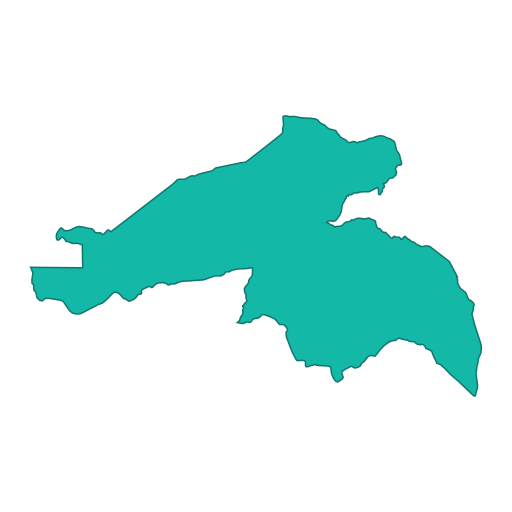 outline of Inongo, Bandundu, Democratic Republic of the Congo
{"feature_id": "63176286B68796769615290", "entity_name": "Inongo", "entity_type": "district", "adm_level": 2, "iso_a3": "COD", "parent_name": "Democratic Republic of the Congo", "parent_adm1": "Bandundu", "projection": "albers", "projection_center": [18.143, -1.932], "detail": "fine", "context": "isolated", "style": "filled", "palette": "teal", "viewbox_px": 512, "rotation_deg": 0, "n_neighbors": 0, "source": "geoboundaries", "source_scale": "gbopen_adm2", "svg_char_len": 6064}
<svg xmlns="http://www.w3.org/2000/svg" viewBox="0 0 512 512"><path d="M177.5,179.6L173.2,183.8L111.2,231.5L110.2,231.4L109.0,230.1L107.9,230.0L106.8,230.8L103.8,234.2L102.7,234.5L101.2,233.2L100.2,232.8L96.5,232.8L94.8,232.2L94.0,230.6L92.4,229.1L90.9,228.6L87.1,228.1L84.8,227.4L82.0,226.9L78.7,226.5L75.9,227.2L70.4,230.0L68.0,230.7L66.0,230.7L64.4,230.5L61.4,227.9L60.6,228.0L58.4,230.8L56.5,234.2L56.3,237.4L56.6,238.9L57.2,239.9L58.1,240.1L59.0,239.8L60.8,238.1L62.0,237.4L62.9,237.4L64.6,239.0L66.1,241.6L67.0,241.4L69.5,242.1L71.6,243.2L73.1,243.5L77.2,243.2L82.3,244.9L82.7,267.8L30.7,267.3L31.2,267.9L31.2,268.6L32.7,272.4L32.9,273.7L32.3,276.7L32.3,278.2L31.9,279.3L32.0,283.1L33.6,285.0L33.8,289.6L34.2,290.5L35.7,291.9L37.1,297.9L40.0,300.6L41.4,300.7L42.5,300.8L43.1,300.4L44.4,298.8L45.5,298.4L49.5,298.4L59.7,300.1L62.1,300.8L63.0,301.3L63.8,302.3L69.2,310.2L70.8,311.8L72.5,313.0L75.4,313.9L79.0,313.9L81.4,313.3L95.7,305.9L97.7,304.7L102.2,303.2L104.5,301.4L108.8,297.5L109.6,296.4L113.4,292.7L114.8,292.2L116.8,292.4L117.7,292.8L119.7,294.2L123.1,298.0L124.0,298.6L125.6,299.1L128.8,301.2L129.8,301.1L133.5,299.5L135.8,297.7L138.1,294.6L138.9,294.3L140.8,294.1L141.3,293.7L141.6,293.1L141.4,290.5L142.8,289.2L148.1,286.8L149.7,286.5L150.3,286.6L151.5,287.5L152.5,287.4L154.6,285.1L155.9,284.1L157.4,283.3L158.8,282.9L163.0,282.6L166.4,283.6L167.5,284.7L169.6,284.9L170.5,284.0L174.7,283.9L179.4,282.0L181.7,281.4L186.3,281.0L190.5,280.9L193.9,280.5L203.2,279.9L204.7,279.5L212.1,276.8L215.7,275.8L221.0,275.9L221.9,274.9L223.6,274.7L225.7,272.1L226.7,271.8L228.4,271.9L230.3,271.4L230.6,270.9L232.7,270.0L235.3,269.6L237.1,269.0L246.0,268.6L252.5,267.7L252.5,272.4L252.2,275.5L251.8,276.4L249.6,278.9L248.8,280.4L248.4,282.7L247.5,284.4L245.6,286.4L244.4,288.5L244.6,291.9L246.2,295.2L245.9,297.4L246.8,300.7L246.3,302.1L244.7,303.2L243.8,305.1L242.7,305.7L242.6,306.5L243.4,307.2L243.5,307.8L243.1,309.3L242.6,310.3L242.9,312.7L242.7,314.3L240.7,316.9L239.5,320.5L237.3,322.6L240.1,323.2L242.5,323.5L243.7,323.4L246.6,321.9L247.8,322.0L248.5,322.4L249.7,322.4L251.0,321.8L251.7,321.1L252.6,319.3L254.5,318.7L258.5,317.9L260.3,316.7L261.7,314.9L262.7,314.6L264.3,314.7L269.0,316.3L274.0,318.5L275.3,319.4L276.3,320.5L278.8,323.9L279.8,324.6L282.5,324.5L283.8,324.7L286.6,327.5L287.4,329.3L287.5,330.6L286.7,331.3L286.0,332.4L286.5,337.3L291.1,349.3L292.9,353.5L296.1,359.6L297.2,360.6L301.4,360.4L304.5,360.5L305.2,361.4L305.5,362.3L305.5,365.9L306.2,366.8L308.7,366.5L310.4,365.7L315.6,364.5L316.6,365.2L318.2,365.5L328.8,366.1L330.3,366.8L330.7,367.4L331.6,373.7L333.1,377.5L334.3,379.6L336.1,381.4L337.2,381.9L338.2,381.8L342.5,378.8L343.2,377.3L341.7,373.1L341.9,372.0L342.5,371.2L344.7,369.6L350.8,366.4L351.7,366.4L354.4,367.9L355.9,367.9L358.0,367.2L359.7,366.4L360.6,365.4L361.3,364.0L362.1,363.1L364.7,360.9L366.4,358.6L368.1,356.7L369.5,355.8L370.2,355.5L372.1,355.6L374.1,356.1L375.0,356.1L375.4,355.9L379.6,350.5L383.3,346.4L385.1,344.8L388.6,342.4L391.0,341.1L394.7,340.4L395.8,340.5L396.2,339.6L399.2,338.0L400.9,338.8L405.8,340.0L407.7,340.1L409.0,341.2L409.5,341.3L414.8,342.0L416.4,343.8L418.2,344.4L420.6,344.8L421.2,344.3L422.2,344.3L423.2,344.7L424.8,346.0L425.9,348.5L429.8,350.1L431.0,350.8L431.8,351.6L433.7,356.6L435.7,360.5L436.8,363.2L440.9,364.8L442.0,366.1L444.4,368.0L450.2,374.2L457.9,380.8L472.7,394.9L473.7,395.8L474.6,396.1L475.1,396.0L475.7,394.6L476.0,392.6L477.4,387.9L477.6,385.5L476.0,373.9L476.1,372.0L476.6,369.8L477.0,365.7L477.7,364.0L478.3,359.5L479.0,357.1L480.9,353.0L481.3,348.7L481.2,346.0L480.7,343.3L474.8,325.3L472.0,314.5L472.2,312.9L473.5,309.2L473.3,308.1L474.1,304.9L473.7,303.5L473.2,302.7L470.9,300.6L468.5,299.4L465.9,293.1L465.2,292.1L460.8,288.8L459.6,287.1L458.1,284.4L457.6,282.3L457.7,280.0L456.6,277.7L456.7,276.3L457.2,276.5L449.4,261.6L429.8,246.5L428.3,246.0L425.8,245.9L422.3,246.6L421.5,246.6L416.2,244.1L413.9,242.2L412.2,241.8L410.3,240.6L409.1,239.3L408.3,239.3L407.7,238.9L405.4,236.5L404.3,236.6L401.8,239.4L401.1,239.3L400.0,237.8L399.3,237.2L396.3,237.2L394.5,236.3L393.6,236.5L392.1,238.5L390.9,237.9L385.5,232.3L383.8,232.5L382.9,232.1L379.8,228.7L378.4,228.5L377.4,227.9L376.7,227.0L376.5,225.3L375.9,224.2L375.5,221.2L374.9,220.6L371.2,219.2L369.5,218.2L368.5,218.0L365.0,218.9L359.3,218.2L357.5,218.3L355.6,218.9L353.5,220.1L352.2,219.9L351.3,219.9L350.3,221.1L349.7,221.5L346.0,222.1L344.5,223.0L341.9,225.6L340.0,226.2L336.3,226.5L334.9,227.0L332.4,225.1L330.9,225.1L328.4,223.0L326.8,222.6L327.8,221.3L329.1,220.9L331.8,220.9L333.1,221.4L333.8,221.3L335.6,220.5L336.3,219.9L339.5,215.5L340.6,213.3L341.2,211.4L342.4,204.5L344.4,201.1L345.0,199.5L346.1,198.4L346.3,197.4L346.2,196.7L346.4,196.4L347.5,196.1L348.3,196.1L348.9,194.5L350.7,194.9L351.8,194.5L352.7,193.8L354.3,192.9L357.8,192.9L359.7,192.2L361.6,191.9L365.0,191.7L368.9,191.8L377.1,187.7L377.7,187.8L378.4,189.0L378.6,194.2L379.2,194.6L380.0,194.7L380.6,194.1L382.2,191.6L382.6,188.9L383.0,188.3L384.0,187.6L384.4,186.6L384.0,184.9L383.3,183.7L386.2,182.7L389.3,178.5L389.9,178.1L392.6,178.0L395.9,175.0L396.7,172.1L395.6,169.9L395.4,168.7L397.1,166.0L398.3,165.1L399.7,165.2L400.7,165.0L401.7,164.0L399.4,154.4L396.5,150.1L394.9,143.1L394.1,141.5L393.6,141.0L389.6,138.5L387.9,138.3L383.7,136.2L380.8,135.8L378.8,135.9L375.4,136.8L372.5,138.1L369.3,138.5L365.4,140.5L362.0,141.4L359.7,141.7L357.6,142.6L356.6,142.5L354.6,141.6L352.4,141.6L350.4,142.5L349.2,142.6L347.7,141.9L346.1,140.4L344.6,139.3L341.1,137.6L339.9,136.3L339.3,135.3L337.4,133.3L336.3,131.2L335.0,130.3L329.5,129.0L327.3,127.7L324.3,124.8L321.8,123.9L320.4,123.0L317.3,119.8L316.4,119.3L314.1,118.7L309.6,118.2L302.4,117.9L298.7,117.3L295.6,116.6L292.3,116.4L289.8,116.7L287.3,116.0L284.1,115.9L283.1,116.5L283.0,117.5L283.6,125.5L282.9,127.2L282.5,133.0L281.2,134.3L267.2,145.5L245.8,162.1L241.2,162.7L215.6,168.0L214.2,169.0L213.4,170.0L212.0,170.8L198.9,174.1L196.9,174.9L195.5,175.9L194.7,176.0L191.8,175.8L189.6,176.6L185.6,178.8L184.2,179.3L179.9,179.2L177.5,179.6Z" fill="#14b8a6" stroke="#0f766e" stroke-width="1.5"/></svg>